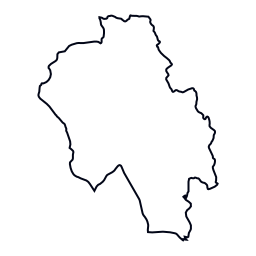 an SVG outline of Bago
{"feature_id": "MMR-3268", "entity_name": "Bago", "entity_type": "Division", "adm_level": 1, "iso_a3": "MMR", "parent_name": "Myanmar", "parent_adm1": "", "projection": "orthographic", "projection_center": [96.396, 18.188], "detail": "fine", "context": "isolated", "style": "outline", "palette": "ink", "viewbox_px": 256, "rotation_deg": 0, "n_neighbors": 0, "source": "natural_earth", "source_scale": "10m", "svg_char_len": 5677}
<svg xmlns="http://www.w3.org/2000/svg" viewBox="0 0 256 256"><path d="M188.5,191.4L187.6,192.8L186.9,196.1L186.3,197.4L186.0,196.9L185.3,196.2L185.1,195.6L184.6,195.8L184.1,196.2L183.7,196.5L183.4,196.8L184.0,197.4L185.9,199.9L188.7,201.7L190.8,203.6L190.9,206.4L189.2,208.5L187.1,210.2L185.8,212.6L186.3,216.5L189.6,222.3L190.9,225.3L190.9,228.9L190.4,230.2L188.9,232.9L188.3,236.8L187.4,237.3L184.7,236.7L184.9,237.5L185.3,238.3L185.8,239.0L186.4,239.7L185.3,239.6L183.5,239.1L182.4,239.1L182.4,239.7L183.5,240.3L184.0,240.6L182.8,240.2L179.7,237.5L177.1,234.5L176.4,233.9L175.7,233.5L174.6,233.2L170.1,232.3L162.9,231.7L152.2,232.4L148.0,232.1L147.8,229.9L148.2,226.0L148.2,224.8L147.4,221.6L146.5,219.5L144.9,217.0L143.7,215.5L143.1,214.5L142.6,213.3L139.7,200.4L139.1,199.0L124.1,172.9L121.5,166.7L121.0,165.8L120.4,165.4L119.7,165.1L118.7,165.4L117.7,166.2L115.6,168.8L114.5,170.4L113.5,171.3L112.1,172.3L107.3,174.9L106.3,176.1L104.2,180.0L102.8,181.7L100.1,183.9L98.2,184.8L96.6,186.5L94.4,190.9L90.0,184.1L88.3,181.9L86.4,180.5L80.8,178.4L79.4,177.7L78.2,177.1L76.8,176.7L75.4,175.9L74.2,175.0L73.4,174.1L71.8,171.4L70.6,167.9L69.9,164.1L70.0,162.4L71.0,161.3L72.6,159.6L72.9,158.3L72.9,154.8L73.3,152.6L73.4,152.2L73.3,151.6L73.1,151.0L71.6,149.5L69.6,147.9L70.4,144.4L70.1,141.3L67.0,132.3L66.5,131.5L66.2,130.7L66.3,128.8L66.0,127.9L65.6,127.1L65.0,125.0L64.6,124.1L64.1,123.6L62.8,122.7L62.4,122.3L58.8,118.0L56.8,116.3L56.4,115.4L55.5,114.7L54.5,113.3L49.4,106.5L48.0,105.1L46.6,103.7L45.8,103.1L40.2,98.6L38.8,96.7L38.4,95.1L38.7,93.6L39.3,91.7L39.6,87.9L39.9,86.0L41.2,84.9L41.5,83.7L41.7,83.4L42.1,83.3L43.0,83.4L43.4,83.4L45.9,82.3L46.8,81.7L48.6,80.0L50.2,77.3L50.9,74.1L50.2,70.3L49.3,68.8L48.6,68.0L48.6,66.9L48.7,66.4L49.0,65.8L51.0,63.9L55.3,61.2L56.4,60.3L57.0,59.2L57.2,58.4L57.3,57.8L57.4,54.2L58.8,52.4L64.8,51.3L69.1,46.0L71.7,44.7L76.7,43.2L78.4,43.0L83.2,43.1L94.1,41.6L96.6,41.6L97.7,41.8L98.4,41.9L100.5,43.3L101.1,43.0L101.2,42.8L101.4,42.6L101.5,42.3L101.6,41.9L101.6,39.9L101.6,39.3L101.7,38.9L101.8,38.6L102.2,38.2L103.3,37.3L103.5,37.0L103.6,36.6L104.0,33.4L104.0,31.0L103.9,29.6L103.7,28.8L103.2,27.8L101.3,25.2L101.1,24.6L100.9,23.8L100.8,22.4L100.2,19.8L99.4,18.2L99.4,17.2L101.7,17.7L102.5,18.1L102.7,18.3L103.2,18.6L103.7,18.8L104.2,18.9L106.3,18.7L107.0,18.3L107.3,17.9L107.4,17.2L107.5,17.0L107.7,16.7L107.9,16.5L108.1,16.4L108.7,16.1L110.4,15.9L110.8,15.7L111.3,15.7L111.8,15.7L112.7,15.9L113.6,16.3L113.9,16.4L115.0,16.9L115.3,17.0L116.0,17.6L116.7,17.9L117.6,18.2L121.0,18.7L121.5,18.9L121.7,19.1L121.8,19.3L122.2,19.7L122.7,20.1L123.2,20.4L123.4,20.5L123.8,20.9L124.0,21.1L124.9,21.4L125.3,21.4L125.8,21.2L126.6,20.7L127.4,19.8L127.7,19.6L129.0,19.0L129.3,18.7L129.4,18.3L129.6,17.3L129.8,16.7L130.0,16.5L130.1,15.8L130.3,15.5L130.5,15.4L130.8,15.4L131.3,15.7L132.1,15.8L136.7,15.9L138.1,16.2L138.6,16.4L139.0,16.5L139.6,16.5L140.9,16.3L143.0,16.2L148.4,16.7L149.7,18.4L150.0,18.8L150.4,19.4L150.6,20.1L150.4,20.9L150.2,21.5L150.2,22.1L150.4,22.8L151.0,23.9L151.6,24.6L152.1,25.1L153.0,25.7L153.4,26.1L153.7,26.7L153.9,27.6L153.8,29.1L153.5,30.7L153.6,31.2L154.2,31.7L154.7,32.4L155.1,33.2L155.6,34.6L156.0,35.3L156.4,35.8L156.7,36.1L157.0,36.7L157.3,37.7L157.8,39.7L158.2,40.5L158.6,40.9L159.1,41.1L159.6,41.4L159.9,41.9L159.8,42.5L158.3,44.1L157.2,44.8L156.9,45.2L156.8,45.4L157.2,46.7L157.8,46.9L158.1,47.4L158.3,48.2L158.4,48.8L158.7,49.7L159.2,50.5L160.9,52.9L164.1,56.0L166.7,58.0L169.2,60.2L169.5,60.7L169.9,61.2L170.3,62.3L170.6,62.8L171.4,63.5L171.7,63.9L171.9,64.3L171.4,65.3L168.2,67.5L167.2,68.3L166.5,69.0L166.2,69.9L166.3,71.1L167.2,72.6L168.3,74.2L168.5,75.4L166.3,77.9L166.2,79.4L168.5,83.4L169.5,86.3L170.0,87.6L171.5,89.3L171.7,89.8L172.1,90.9L172.4,91.4L172.8,91.8L173.4,91.8L174.4,91.2L175.0,90.7L175.5,90.3L176.0,90.1L176.6,90.1L177.3,90.4L178.4,91.1L179.0,91.4L179.9,91.6L181.2,91.8L182.5,92.3L183.2,92.2L184.1,91.8L188.2,89.5L192.1,88.2L192.9,88.3L193.3,88.4L193.7,88.8L194.0,89.3L194.1,90.0L194.3,90.5L195.3,91.2L195.8,91.7L196.1,92.3L196.4,93.2L196.5,94.1L196.5,94.7L196.5,95.4L197.0,97.5L197.1,99.2L196.4,102.1L196.4,102.6L196.4,103.1L196.3,103.9L196.2,104.5L196.0,105.0L195.5,106.1L195.6,107.0L196.0,108.2L197.2,110.2L197.8,111.2L198.5,111.9L199.4,112.4L200.8,113.0L201.3,113.2L201.7,113.6L202.9,114.8L203.3,115.3L203.3,116.0L203.2,117.3L203.2,117.8L203.5,118.3L203.9,118.8L204.7,119.2L205.2,119.1L205.6,118.7L205.9,117.9L206.1,117.4L206.5,117.1L206.9,116.7L207.4,116.6L208.1,117.0L208.6,117.8L209.3,120.0L209.6,121.6L209.7,123.9L209.5,124.9L209.6,126.3L210.8,127.8L214.0,130.1L214.4,130.5L214.8,130.9L215.0,131.6L215.0,132.4L214.7,133.5L213.9,134.8L213.8,135.3L213.7,135.8L213.6,137.8L213.4,138.5L212.4,140.8L212.1,141.2L211.7,141.6L211.5,142.1L211.1,143.1L210.9,143.5L210.6,143.9L209.9,144.6L209.5,145.0L209.2,145.5L208.8,146.5L208.8,147.2L209.0,148.0L212.6,155.6L212.8,156.2L212.9,156.9L212.9,157.7L213.2,158.3L213.7,158.6L214.2,158.9L214.6,159.2L214.9,159.9L215.0,161.0L214.8,162.8L214.3,164.5L214.1,165.0L213.1,166.4L212.8,166.9L212.9,168.2L213.4,170.0L216.2,177.1L216.1,180.5L216.0,180.9L215.8,181.4L215.8,182.4L217.6,183.6L217.2,184.7L216.1,185.6L214.7,186.7L210.0,188.8L208.4,189.2L208.1,189.1L207.8,188.9L207.5,187.8L207.4,187.6L207.4,187.3L207.3,187.0L207.3,186.1L207.0,185.1L206.5,184.5L205.3,183.4L204.7,183.0L204.2,182.8L203.3,182.7L201.8,182.1L201.4,181.8L201.0,181.6L199.2,179.1L198.7,178.6L198.4,178.4L198.2,178.4L197.2,178.3L196.0,177.8L195.3,177.6L194.8,177.6L194.6,177.7L194.4,177.9L194.2,178.1L193.9,178.2L193.5,178.3L192.4,178.2L191.5,177.9L191.2,178.0L190.6,178.1L189.9,178.5L189.1,178.8L188.5,181.7L188.5,191.4L188.5,191.4Z" fill="none" stroke="#020617" stroke-width="2"/></svg>